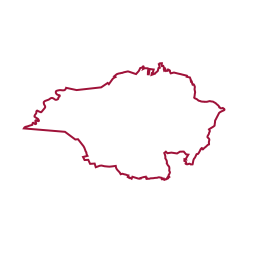 Momil, Córdoba, Colombia, rotated 67°
{"feature_id": "7082276B97277797661378", "entity_name": "Momil", "entity_type": "district", "adm_level": 2, "iso_a3": "COL", "parent_name": "Colombia", "parent_adm1": "Córdoba", "projection": "mercator", "projection_center": [-75.649, 9.257], "detail": "fine", "context": "isolated", "style": "outline", "palette": "rose", "viewbox_px": 256, "rotation_deg": 67, "n_neighbors": 0, "source": "geoboundaries", "source_scale": "gbopen_adm2", "svg_char_len": 5561}
<svg xmlns="http://www.w3.org/2000/svg" viewBox="0 0 256 256"><g transform="rotate(67 128 128)"><path d="M173.8,146.8L173.2,146.6L176.1,144.5L174.6,143.0L178.4,138.5L179.1,137.4L179.4,136.1L178.9,136.0L179.1,135.3L179.1,134.5L179.3,132.8L179.8,130.6L180.9,130.8L181.0,130.5L181.1,130.2L181.6,130.3L181.7,130.7L182.1,130.8L182.4,129.9L183.1,127.9L183.1,127.1L183.3,126.5L184.1,124.3L184.4,122.9L185.2,120.6L185.3,119.4L185.5,118.7L187.0,116.5L187.9,116.8L188.0,116.5L188.5,116.6L188.7,115.7L188.2,115.6L188.5,114.8L189.6,115.0L189.5,115.6L189.8,115.0L189.6,114.9L189.8,114.3L189.8,113.5L189.9,112.9L190.1,112.9L190.0,110.9L189.4,110.9L189.3,110.0L189.1,110.0L189.1,109.1L188.4,109.2L188.4,110.2L187.7,109.2L187.0,108.8L186.6,108.1L185.6,107.0L185.1,106.7L183.3,106.7L181.6,105.8L180.1,105.3L179.1,105.4L178.6,105.6L178.0,105.9L176.7,105.9L175.9,106.2L175.6,106.1L175.1,105.7L174.6,105.5L174.3,105.5L173.5,105.2L172.4,105.2L170.5,105.5L169.0,104.8L168.1,104.6L166.9,104.4L165.2,104.4L164.6,102.4L166.6,101.6L167.6,97.7L170.6,92.8L170.1,89.4L171.5,85.9L175.0,84.8L176.1,82.9L178.9,86.7L179.7,86.8L178.7,88.2L180.3,89.0L181.8,87.9L183.1,88.1L183.4,88.4L183.5,88.8L183.9,88.6L184.2,88.3L184.6,87.5L184.7,87.1L184.8,85.5L185.3,84.9L185.7,84.6L186.1,84.4L186.7,82.8L186.5,82.6L183.5,80.6L182.9,80.1L182.2,79.4L181.4,77.9L178.9,75.1L178.9,74.8L179.2,73.8L179.1,73.6L178.9,73.3L178.8,72.9L176.7,70.2L176.2,69.8L175.7,69.0L175.4,68.3L175.3,67.9L175.5,67.7L176.0,67.6L176.7,67.7L176.9,67.5L176.9,67.1L176.4,66.2L175.5,63.1L175.0,61.9L174.7,61.1L174.7,60.7L174.8,60.0L174.7,59.8L173.7,59.4L172.6,59.1L170.9,57.9L170.2,57.6L169.8,57.6L169.3,57.7L167.9,58.3L167.3,58.4L167.0,58.2L166.3,57.6L165.1,55.9L164.3,55.4L163.1,54.1L162.8,53.9L162.4,53.8L160.9,54.0L160.5,51.7L160.1,48.9L159.8,47.8L159.7,47.5L159.5,47.3L158.2,46.6L156.6,45.6L155.7,45.2L155.1,44.8L154.3,43.7L153.1,42.3L149.7,38.2L149.5,37.5L149.3,36.3L149.2,34.9L149.2,33.0L149.1,32.4L148.9,32.1L148.5,32.0L148.0,32.0L147.7,32.2L147.3,32.6L146.6,32.9L146.5,33.9L146.3,34.6L146.2,34.8L145.8,35.0L145.0,35.8L144.7,35.9L144.4,35.6L143.7,35.9L143.1,35.9L142.6,36.1L142.1,36.4L141.6,36.5L140.9,37.0L139.4,37.6L136.9,39.5L136.0,41.1L135.2,42.2L135.0,43.2L134.7,45.2L134.1,46.5L133.8,47.4L133.4,47.8L133.2,48.5L132.8,49.2L132.4,49.9L132.2,50.2L131.9,50.6L131.4,51.0L130.7,52.0L130.1,52.5L128.5,53.3L127.7,54.0L127.0,54.6L126.6,55.0L125.9,55.2L124.7,54.3L122.6,53.1L121.6,52.4L121.2,52.2L120.2,52.0L119.3,51.8L118.3,51.6L116.3,50.4L116.1,50.4L114.6,50.3L113.5,50.5L113.4,50.6L113.5,51.1L113.2,51.1L113.1,51.6L111.7,51.5L111.1,51.2L110.5,51.2L110.2,51.9L109.8,51.8L109.7,51.6L109.5,51.8L109.0,51.7L109.1,51.3L108.8,51.3L108.6,51.3L108.4,51.4L108.4,51.6L108.3,51.4L107.6,51.4L106.8,51.3L105.6,51.3L104.7,52.7L103.8,53.9L103.6,53.7L103.9,53.3L103.2,53.2L102.9,53.3L100.0,57.2L99.2,58.2L97.5,60.6L95.0,63.9L94.9,64.1L94.8,64.6L94.4,67.3L94.0,67.4L92.4,67.3L91.5,67.0L90.8,67.4L90.0,68.0L89.7,68.4L89.7,68.5L90.7,68.9L90.9,69.1L90.7,69.5L90.4,69.8L90.4,70.9L90.2,71.0L89.4,71.0L89.5,72.3L88.7,72.2L87.6,72.0L87.4,71.6L87.7,70.7L87.3,70.7L87.0,71.2L86.6,71.3L84.6,71.3L84.3,72.6L84.2,72.6L83.5,72.5L82.9,72.3L82.3,71.8L81.6,71.5L81.0,73.2L80.9,73.8L81.0,74.0L81.6,74.3L81.5,74.7L82.6,74.8L85.0,75.2L85.0,75.4L84.6,76.1L84.6,76.3L84.7,76.5L87.0,78.2L87.2,78.5L87.9,80.6L88.0,81.4L88.2,81.5L88.5,81.8L88.3,85.6L86.8,84.6L87.2,83.9L84.2,81.5L82.2,84.9L84.3,86.4L86.7,87.9L86.3,88.7L84.1,87.7L81.5,86.2L81.4,86.2L81.0,86.3L80.6,86.8L79.7,88.8L79.5,89.6L79.6,90.9L79.1,90.4L78.5,89.8L77.9,89.7L77.4,89.7L77.2,89.9L77.2,90.2L77.3,90.5L77.8,91.2L77.9,91.7L77.6,93.3L79.7,95.7L81.5,99.5L80.3,100.9L76.8,104.8L75.9,105.9L75.7,106.8L75.1,110.0L75.0,111.9L74.7,112.7L74.6,113.8L74.3,114.8L74.1,116.4L74.1,117.4L75.0,120.4L75.7,119.8L76.2,119.6L76.3,121.2L76.6,122.3L76.8,122.9L80.2,128.5L78.6,129.1L80.1,136.8L73.0,160.5L66.9,169.2L67.1,169.3L68.0,170.6L68.3,171.4L68.3,171.9L68.0,173.0L67.5,174.0L66.8,175.2L66.4,176.2L66.0,178.1L65.9,179.2L66.1,180.0L66.5,180.3L67.5,180.7L68.4,180.6L69.2,180.3L69.6,180.1L70.3,179.4L71.0,178.4L71.2,178.2L71.6,178.2L71.9,178.4L72.2,178.7L72.5,179.7L72.7,180.1L72.9,180.3L73.7,180.7L73.9,180.9L74.1,181.6L74.1,182.3L74.0,183.0L73.8,183.5L73.6,183.8L73.1,184.2L71.6,185.1L70.7,186.1L70.5,186.6L70.4,187.5L70.8,189.3L70.9,190.0L70.7,193.7L70.9,194.6L71.2,195.3L71.8,195.7L72.5,195.9L73.5,196.0L75.5,195.8L76.3,196.0L76.7,196.3L77.2,197.1L79.3,201.1L79.5,201.8L79.4,202.1L79.0,202.5L77.8,203.7L76.7,204.6L76.5,204.8L76.5,205.1L76.6,205.4L77.0,205.9L78.1,206.4L78.6,206.8L79.1,207.6L79.6,208.5L80.2,209.2L80.6,209.4L81.0,209.6L82.7,208.6L84.0,207.6L84.8,207.2L86.2,207.1L86.4,207.1L86.6,207.2L86.6,207.6L86.6,208.0L86.4,208.2L86.1,208.6L85.1,209.4L84.9,209.8L84.9,210.1L85.1,210.4L85.5,210.6L87.1,210.6L87.8,210.7L88.1,210.9L88.3,211.2L88.3,211.6L88.1,211.9L87.6,212.3L86.5,212.8L86.2,213.1L86.1,213.3L86.1,213.6L86.3,213.9L87.4,214.7L87.7,214.9L87.7,215.1L87.4,217.5L87.2,220.3L87.0,221.0L86.9,222.1L87.1,223.2L87.7,224.0L106.9,187.5L118.0,181.0L118.8,178.4L127.3,176.1L129.0,175.9L131.6,176.0L132.9,176.1L134.1,175.9L134.5,176.0L135.7,176.3L136.3,176.3L136.9,176.3L137.8,176.2L137.1,180.7L140.5,180.5L141.8,177.0L146.2,176.9L147.7,172.6L151.5,173.0L151.6,171.7L151.7,168.8L152.2,167.1L152.6,166.5L154.0,164.6L155.9,161.1L156.4,160.0L157.0,158.1L158.1,154.1L159.8,154.5L161.0,154.5L162.4,154.2L165.1,153.2L166.2,152.9L166.9,152.9L167.7,152.8L167.8,151.8L167.9,151.1L168.1,150.8L168.8,150.0L170.1,148.2L171.1,147.2L171.8,146.2L173.0,147.4L173.8,146.8Z" fill="none" stroke="#9f1239" stroke-width="2"/></g></svg>